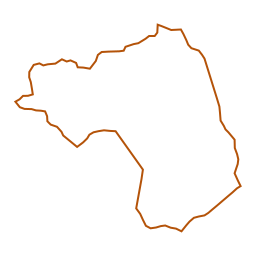 the district of Abadia de Goiás, Goiás, Brazil
{"feature_id": "56859067B10262274710993", "entity_name": "Abadia de Goiás", "entity_type": "district", "adm_level": 2, "iso_a3": "BRA", "parent_name": "Brazil", "parent_adm1": "Goiás", "projection": "mercator", "projection_center": [-49.464, -16.79], "detail": "fine", "context": "isolated", "style": "outline", "palette": "amber", "viewbox_px": 256, "rotation_deg": 0, "n_neighbors": 0, "source": "geoboundaries", "source_scale": "gbopen_adm2", "svg_char_len": 1359}
<svg xmlns="http://www.w3.org/2000/svg" viewBox="0 0 256 256"><path d="M240.6,186.1L237.8,180.4L234.6,173.3L236.2,168.5L237.7,164.1L238.3,159.3L237.1,154.2L234.8,148.0L234.6,139.7L228.4,132.3L225.5,129.4L223.8,125.8L220.6,120.6L220.0,112.9L219.4,106.6L216.8,98.0L204.5,58.6L202.1,54.9L198.8,50.6L191.4,48.2L188.2,44.7L186.3,40.1L183.4,34.0L180.9,29.5L171.2,30.0L166.3,28.0L161.3,26.0L157.7,24.7L157.3,32.6L154.7,36.0L149.1,36.0L145.5,38.8L138.3,43.2L133.7,44.1L125.5,46.8L123.7,50.7L119.2,51.3L109.0,51.6L101.7,52.0L97.9,54.9L95.8,61.0L89.9,68.7L83.5,67.6L77.7,67.3L76.1,62.9L70.5,60.4L66.7,61.5L61.9,59.3L55.4,63.6L47.8,64.3L43.3,65.4L39.4,63.4L33.7,64.9L29.3,72.0L29.2,77.3L30.8,82.1L32.0,89.2L32.8,94.4L28.0,95.8L23.0,95.9L19.6,99.3L15.4,101.7L19.8,107.2L24.5,108.9L31.6,109.1L36.0,110.4L40.9,110.7L45.1,111.4L47.1,116.2L47.4,121.3L50.7,124.6L57.0,126.8L61.5,131.8L63.2,135.5L67.0,138.6L77.1,146.9L83.1,142.4L87.2,138.4L89.4,134.7L93.5,132.3L98.4,131.2L104.0,130.3L110.0,130.9L115.6,131.2L142.9,169.6L141.5,179.1L136.2,208.4L140.2,213.9L142.9,219.8L145.9,225.8L150.6,228.3L156.1,227.5L160.8,226.1L165.2,225.5L170.7,227.7L176.0,228.6L181.5,231.3L186.3,225.3L189.5,221.6L193.9,217.8L198.8,216.5L204.5,215.4L208.2,213.0L211.6,210.1L216.4,206.1L222.6,200.8L228.7,195.6L232.4,192.5L237.0,188.3L240.6,186.1Z" fill="none" stroke="#b45309" stroke-width="2"/></svg>